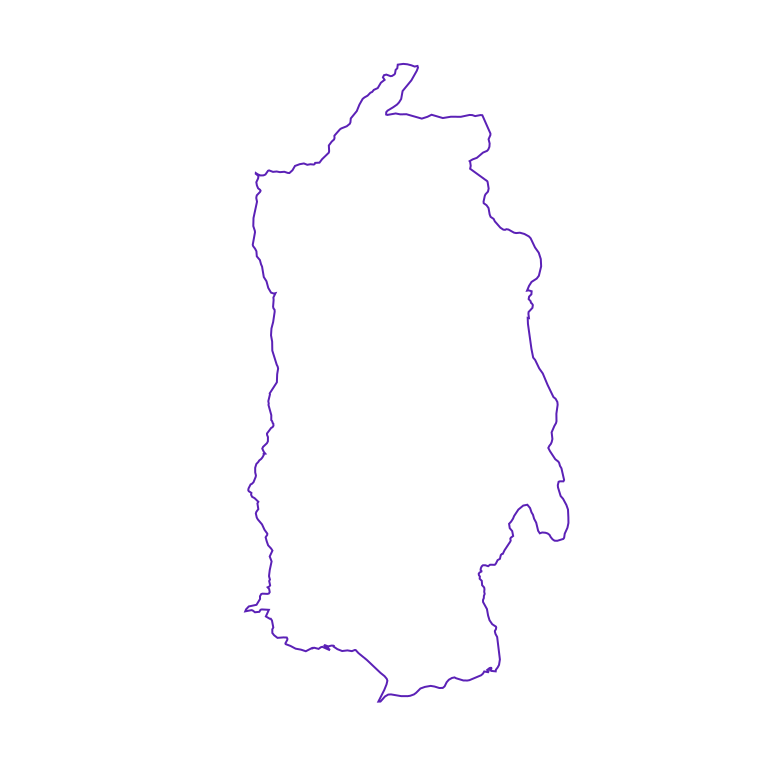 the district of Sibaté, Cundinamarca, Colombia, rotated 170°
{"feature_id": "7082276B14129572791047", "entity_name": "Sibaté", "entity_type": "district", "adm_level": 2, "iso_a3": "COL", "parent_name": "Colombia", "parent_adm1": "Cundinamarca", "projection": "mercator", "projection_center": [-74.26, 4.462], "detail": "fine", "context": "isolated", "style": "outline", "palette": "violet", "viewbox_px": 768, "rotation_deg": 170, "n_neighbors": 0, "source": "geoboundaries", "source_scale": "gbopen_adm2", "svg_char_len": 6107}
<svg xmlns="http://www.w3.org/2000/svg" viewBox="0 0 768 768"><g transform="rotate(170 384 384)"><path d="M473.6,614.0L473.8,613.3L472.1,611.4L471.6,610.2L472.3,608.3L474.7,604.9L474.7,601.7L474.0,598.6L472.3,596.7L472.0,595.7L472.7,594.7L476.5,591.9L477.2,590.3L477.5,589.3L477.4,585.6L483.7,570.1L485.3,562.2L484.6,557.2L484.7,555.8L489.1,543.9L488.9,542.4L487.5,539.7L486.6,536.9L487.1,531.8L484.7,527.6L484.3,523.2L483.7,520.8L483.8,510.2L481.9,505.6L481.3,498.8L479.4,493.6L476.8,492.2L475.1,492.3L477.9,488.4L478.1,486.0L479.8,479.4L479.7,477.6L478.9,476.2L479.1,474.2L482.4,464.3L485.2,458.2L486.8,451.6L486.8,445.1L488.2,436.3L486.3,421.6L485.7,419.7L485.6,417.6L487.5,412.2L489.2,404.3L498.2,394.6L498.1,393.6L500.9,387.2L500.9,384.7L501.4,383.5L500.4,372.9L501.3,368.0L500.6,366.8L500.4,364.9L499.9,364.2L500.1,362.1L501.2,360.9L502.8,360.3L507.8,355.6L508.0,354.2L507.5,351.9L508.3,347.7L509.6,346.0L514.0,343.1L515.1,341.5L514.1,337.9L513.0,336.0L514.7,336.0L514.8,334.9L516.5,332.8L518.0,331.5L520.1,330.4L521.4,329.0L523.6,327.4L525.4,323.9L526.2,319.3L526.0,316.2L526.5,314.8L529.6,309.9L531.5,308.6L532.8,308.3L535.5,304.7L536.1,303.1L535.8,301.9L533.5,299.8L534.1,298.0L533.5,295.8L531.3,294.1L528.2,289.8L529.4,288.4L529.5,282.6L531.9,280.3L532.7,278.8L532.5,274.6L531.8,272.6L528.5,266.9L527.0,261.2L524.9,256.9L525.2,255.7L527.2,253.6L526.8,249.3L526.1,245.2L523.7,241.5L522.8,239.3L526.5,234.0L525.5,228.8L528.8,220.7L530.4,215.5L530.6,214.4L530.3,211.2L531.3,209.9L531.1,205.5L532.1,204.5L533.9,204.0L532.7,202.0L532.7,198.9L533.7,197.7L535.0,197.5L540.0,198.6L541.3,198.5L543.0,196.5L543.4,193.8L547.9,188.7L555.8,188.4L559.0,186.0L560.1,184.2L553.8,184.3L552.7,183.8L550.7,181.6L546.3,181.3L544.8,183.1L543.4,183.2L536.6,181.6L540.7,175.6L537.2,172.6L536.3,172.5L535.4,170.5L535.3,163.4L536.6,161.8L537.2,158.2L535.9,155.7L533.0,152.5L527.0,151.9L523.8,151.2L523.4,150.0L523.6,148.9L526.1,145.8L526.0,144.9L521.6,142.3L517.0,138.7L511.9,136.8L507.4,134.4L500.7,136.5L500.3,136.5L500.3,136.1L498.6,136.4L494.4,134.5L492.0,135.7L490.4,135.9L484.2,131.7L483.9,132.1L484.4,132.6L485.1,135.0L486.4,135.2L487.6,136.2L488.0,136.8L487.6,137.1L484.6,135.3L481.1,135.5L479.3,135.1L478.9,134.8L479.2,134.1L476.0,131.0L471.6,128.3L466.3,128.0L462.0,126.5L459.0,127.1L458.1,126.9L455.8,123.3L448.8,115.2L437.6,100.1L434.2,96.2L432.5,93.2L432.2,91.2L433.7,87.7L436.9,82.6L444.7,72.2L442.6,71.9L437.3,76.1L433.8,77.4L431.0,77.1L421.2,73.6L415.1,72.5L412.4,72.4L408.4,73.1L406.0,74.3L401.0,77.8L396.3,78.6L390.5,78.6L386.8,77.3L382.3,75.0L378.9,74.5L376.8,75.7L374.1,79.4L371.5,81.5L368.1,82.7L365.5,82.8L364.1,81.7L357.4,78.3L353.4,77.5L351.3,77.5L338.9,80.3L336.8,81.6L335.2,83.5L331.5,82.1L331.1,82.6L332.0,84.5L329.4,85.9L328.4,86.0L327.7,85.8L327.7,84.9L329.1,83.8L328.1,82.8L323.9,81.6L323.4,83.2L321.3,85.1L319.5,87.4L317.7,92.6L316.5,115.2L317.6,118.5L317.8,120.9L317.6,121.7L316.4,123.0L315.8,124.6L315.9,125.6L319.1,128.6L321.1,133.0L321.7,137.9L321.7,144.5L324.3,152.1L324.0,154.1L322.9,155.8L322.4,158.0L321.3,159.8L321.4,161.9L320.7,164.5L320.7,166.2L322.3,168.8L321.9,173.2L323.6,175.6L323.0,177.8L323.7,179.2L323.7,180.6L322.7,181.7L320.6,182.4L320.5,183.0L321.2,184.1L320.6,185.8L319.4,187.5L318.0,188.3L315.7,187.9L313.1,186.5L310.9,187.6L306.3,186.7L305.0,187.7L302.7,190.8L300.2,191.7L298.7,195.2L297.5,196.1L296.5,196.1L294.2,199.3L287.0,206.9L286.4,207.9L286.5,209.6L285.8,210.6L283.2,211.9L283.3,216.9L285.2,220.2L285.1,224.6L282.7,226.4L280.3,229.0L278.8,231.4L273.5,237.0L268.0,240.1L263.8,240.2L261.7,236.5L261.0,231.9L260.0,229.4L259.6,225.3L258.2,221.0L257.7,212.7L256.5,209.9L254.0,210.3L250.9,209.5L248.8,208.4L247.2,206.7L246.4,204.3L245.0,201.8L243.3,200.1L240.6,199.5L234.3,200.3L233.3,201.3L232.0,205.2L228.3,210.6L226.5,215.1L225.6,220.6L224.6,228.4L225.4,233.2L227.6,239.9L229.5,243.0L230.6,252.0L230.4,254.2L229.0,257.4L227.7,257.6L224.2,257.0L223.3,258.2L223.9,270.2L224.9,272.8L225.2,275.8L225.8,277.3L228.4,280.2L232.2,289.0L233.3,292.5L231.9,294.4L230.1,296.0L228.9,297.8L227.7,300.6L227.3,307.3L223.5,313.1L221.4,315.6L220.6,317.4L219.4,324.8L216.6,333.4L216.4,336.2L217.6,339.7L219.4,341.7L223.1,354.9L225.8,366.8L228.4,372.3L231.0,381.5L232.5,384.1L232.7,393.0L231.8,418.2L231.0,424.2L229.8,423.7L229.6,428.0L229.1,429.8L224.6,433.2L223.7,435.9L224.3,437.5L225.2,438.5L225.2,440.0L226.8,442.5L225.9,444.9L223.3,446.7L222.5,449.7L225.3,451.1L226.9,451.1L224.1,455.5L221.0,458.9L215.3,461.3L212.7,463.7L208.8,472.6L207.9,479.8L208.8,486.4L211.6,492.3L214.3,502.1L215.7,504.2L219.7,507.4L223.9,509.4L227.7,509.7L229.7,510.5L234.6,514.5L236.6,515.2L238.0,514.8L239.7,515.3L242.3,517.8L246.6,524.9L247.4,527.6L250.0,530.1L250.5,532.7L250.5,539.1L252.0,542.3L254.4,544.7L254.3,546.3L252.1,551.7L251.2,553.1L248.2,555.4L247.0,558.3L246.9,564.9L247.1,565.8L261.8,581.0L260.7,583.8L260.6,587.8L261.0,588.6L257.7,589.8L253.3,590.6L246.3,594.7L242.0,595.7L240.6,596.8L239.0,599.3L238.2,602.5L238.5,606.9L236.0,610.7L235.7,612.2L240.5,631.6L242.3,632.1L247.7,632.0L250.4,633.5L253.0,634.1L261.8,633.8L271.9,635.6L279.9,635.7L290.4,640.9L294.8,639.6L300.7,638.8L315.1,645.8L321.1,646.7L325.5,648.4L334.0,648.4L335.1,649.0L334.6,651.3L333.0,652.6L326.8,655.0L322.7,656.9L320.4,658.6L317.6,661.7L314.8,669.3L304.3,678.3L297.3,686.8L295.6,689.7L295.8,691.4L298.7,691.3L301.7,693.1L305.5,694.8L309.4,695.9L315.0,696.1L316.1,692.6L318.0,691.3L319.2,687.9L319.9,687.1L322.5,686.0L324.0,686.0L328.0,688.3L330.4,688.1L331.8,686.2L330.6,683.4L334.7,681.3L338.8,676.5L343.0,675.4L344.9,673.7L346.8,673.2L350.1,670.8L353.5,669.6L355.5,668.5L359.7,663.4L363.4,657.5L370.6,651.3L371.6,647.6L372.5,646.2L375.9,644.3L381.7,643.1L383.2,642.4L389.2,637.6L389.8,637.0L390.0,634.9L390.7,633.5L393.4,631.8L396.9,628.5L397.6,622.8L398.2,621.4L406.0,616.1L409.1,613.2L413.4,613.7L414.2,612.6L415.0,612.3L418.3,613.2L421.5,613.2L424.6,615.1L428.9,615.1L433.8,614.2L437.0,610.4L440.5,608.2L442.1,608.6L445.3,610.3L449.7,610.7L452.8,611.9L456.5,612.2L460.1,614.3L461.2,614.1L464.4,610.9L466.4,610.4L469.3,610.8L471.8,612.3L473.6,614.0Z" fill="none" stroke="#5b21b6" stroke-width="2"/></g></svg>